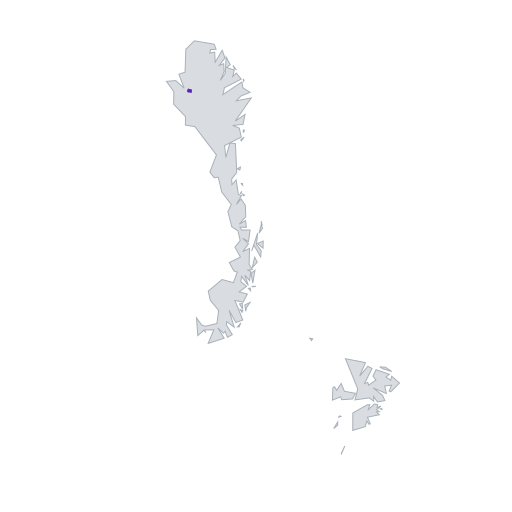 Hole nor, Buskerud, Norway (highlighted), rotated 144°
{"feature_id": "86288312B40631627404098", "entity_name": "Hole nor", "entity_type": "district", "adm_level": 2, "iso_a3": "NOR", "parent_name": "Norway", "parent_adm1": "Buskerud", "projection": "albers", "projection_center": [10.375, 60.042], "detail": "fine", "context": "in_parent", "style": "filled", "palette": "violet", "viewbox_px": 512, "rotation_deg": 144, "n_neighbors": 0, "source": "geoboundaries", "source_scale": "gbopen_adm2", "svg_char_len": 4327}
<svg xmlns="http://www.w3.org/2000/svg" viewBox="0 0 512 512"><g transform="rotate(144 256 256)"><path d="M289.9,247.7L280.6,254.0L282.7,256.9L281.4,266.4L269.2,264.3L267.8,275.6L259.7,277.8L255.8,287.0L258.4,293.8L252.7,308.4L245.7,312.2L246.1,327.9L240.2,341.9L243.8,343.9L244.1,350.9L228.6,361.0L229.4,396.6L236.2,403.4L231.1,410.2L233.4,427.2L225.9,437.2L225.8,449.9L217.8,445.1L215.5,434.0L211.5,448.4L205.4,446.4L191.2,464.5L179.4,466.3L165.4,452.0L166.8,446.7L171.4,449.7L174.1,447.4L169.6,445.2L175.1,436.8L162.4,442.3L164.7,434.5L173.6,431.8L169.1,430.6L173.4,423.9L181.7,419.0L173.7,421.7L163.2,434.5L164.4,426.0L169.0,425.7L164.3,419.2L169.4,414.9L164.4,415.5L164.0,407.8L182.6,410.7L188.0,406.0L165.1,405.1L167.7,399.6L164.6,391.9L174.2,394.3L180.7,393.1L166.9,386.7L193.5,377.3L181.6,377.0L189.2,370.1L198.1,375.3L194.3,369.2L198.1,360.9L216.6,363.8L222.4,353.4L210.7,362.8L206.6,359.1L222.4,335.0L230.5,332.5L233.6,327.8L227.4,329.2L234.1,316.1L232.1,313.5L241.5,309.3L234.5,310.9L234.9,303.2L241.2,293.8L250.9,291.6L243.5,290.8L247.0,284.9L252.0,288.8L252.4,285.5L245.5,280.5L253.6,272.0L256.4,278.3L254.9,270.3L264.2,267.3L256.7,266.0L266.5,253.3L266.9,247.3L271.3,249.7L269.2,246.7L275.6,239.9L276.3,247.0L279.5,236.7L279.7,248.0L283.4,244.1L281.5,237.0L290.7,236.9L285.4,230.3L293.5,226.2L299.2,232.5L304.3,212.0L311.4,214.0L309.7,227.9L315.5,211.2L318.3,220.1L320.4,217.7L321.4,206.3L326.9,207.0L325.3,213.2L327.7,212.7L329.2,220.3L330.1,208.2L346.1,213.4L333.5,221.1L341.4,226.6L349.9,225.8L340.5,240.9L340.5,232.1L338.2,228.9L327.3,224.4L318.2,233.9L319.0,247.2L315.2,255.7L297.3,256.9L289.9,247.7ZM236.7,63.3L243.5,66.5L243.5,73.2L246.1,69.4L247.9,74.7L260.5,81.4L251.8,88.7L244.0,120.3L230.1,105.4L242.8,97.9L230.3,101.0L228.2,96.8L243.1,89.1L239.8,88.0L241.0,85.3L231.9,85.1L232.0,90.1L225.7,93.4L217.6,81.9L222.0,81.7L220.0,76.3L216.9,79.0L214.6,68.9L226.7,66.9L227.7,68.5L222.3,71.8L228.2,75.2L231.4,68.2L238.7,80.3L235.5,68.8L236.7,63.3ZM249.6,55.1L260.6,60.1L262.2,53.0L263.5,53.6L263.4,57.3L267.9,53.8L280.3,58.0L269.9,72.1L253.4,70.2L251.3,68.9L255.4,65.7L247.1,66.7L244.9,64.3L247.1,62.4L243.2,61.1L248.9,60.9L247.8,57.6L250.2,58.9L249.6,55.1ZM261.9,83.6L271.2,89.4L270.2,92.3L278.9,94.5L271.1,104.4L269.3,104.1L269.7,99.9L262.0,102.8L264.0,94.6L256.3,86.5L261.9,83.6ZM251.3,266.0L256.6,262.6L241.2,273.6L248.8,265.1L248.7,257.1L252.8,252.5L251.3,266.0ZM258.6,250.3L265.8,248.9L257.8,255.8L258.6,250.3ZM265.2,245.1L274.5,236.0L270.2,244.9L265.2,245.1ZM214.1,82.7L219.7,90.3L221.1,93.6L216.6,89.9L214.1,82.7ZM245.7,258.2L247.5,265.2L241.4,263.9L245.7,258.2ZM296.7,217.3L293.8,223.0L288.1,221.9L294.1,219.8L296.7,217.3ZM298.1,220.7L297.5,226.9L295.0,225.8L298.1,220.7ZM234.3,274.6L240.1,272.7L234.0,277.7L234.3,274.6ZM303.1,46.1L295.8,50.1L303.2,45.7L303.1,46.1ZM289.4,71.1L294.6,70.7L287.4,73.7L289.4,71.1ZM307.6,210.8L311.2,208.6L312.7,209.5L307.6,210.8ZM300.4,218.7L300.3,222.0L298.7,219.5L300.4,218.7ZM280.8,231.1L281.2,234.3L279.5,233.4L280.8,231.1ZM260.8,154.9L260.8,157.9L258.8,155.8L260.8,154.9ZM284.4,77.1L282.0,77.3L281.5,76.3L284.4,77.1ZM218.6,335.0L219.9,337.6L216.3,337.1L218.6,335.0ZM273.8,231.5L276.0,232.4L277.5,234.0L273.8,231.5ZM244.3,57.7L245.4,59.3L243.9,58.8L244.3,57.7ZM200.0,359.0L195.7,359.2L200.2,357.8L200.0,359.0ZM193.8,363.3L192.1,365.5L191.5,364.3L193.8,363.3ZM233.1,278.5L231.2,281.1L233.2,276.7L233.1,278.5ZM163.4,420.2L162.6,423.7L162.6,419.0L163.4,420.2ZM230.5,314.1L229.5,312.0L230.7,312.1L230.5,314.1ZM341.5,223.4L341.8,226.0L341.5,225.6L341.5,223.4ZM231.6,316.1L229.4,316.6L232.1,315.5L231.6,316.1ZM225.2,321.1L225.4,323.2L224.3,322.6L225.2,321.1ZM163.4,404.7L162.1,406.8L162.5,405.0L163.4,404.7Z" fill="#d9dde1" stroke="#a8b0b8" stroke-width="1"/><path d="M212.6,430.1L212.7,430.3L212.8,430.2L213.0,430.2L213.0,430.3L213.2,430.2L213.3,430.2L213.5,430.0L213.5,429.9L213.5,430.0L213.7,429.9L213.8,429.9L213.8,429.7L213.7,429.5L213.8,429.4L213.9,429.2L214.0,429.0L214.3,429.0L214.3,428.8L214.3,428.7L214.2,428.7L213.9,428.6L213.7,428.6L213.7,428.4L213.4,428.2L213.1,428.2L213.1,427.9L213.1,427.7L213.1,427.8L212.9,427.7L212.9,427.3L212.8,427.2L212.7,427.2L212.6,427.3L212.5,427.2L212.5,427.3L212.4,427.3L212.2,427.4L211.9,427.4L211.7,427.4L211.7,427.5L211.3,427.7L211.0,428.7L211.8,429.2L212.6,430.1Z" fill="#8b5cf6" stroke="#5b21b6" stroke-width="1.5"/></g></svg>